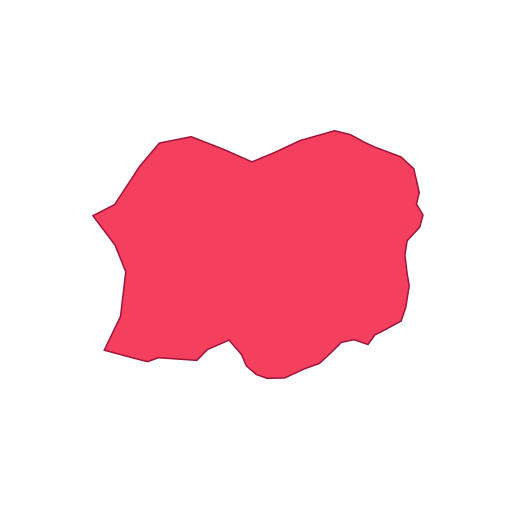 outline of Fota, Cyprus, rotated 126°
{"feature_id": "46923920B41218230383335", "entity_name": "Fota", "entity_type": "district", "adm_level": 2, "iso_a3": "CYP", "parent_name": "Cyprus", "parent_adm1": "", "projection": "natural_earth1", "projection_center": [33.224, 35.255], "detail": "fine", "context": "isolated", "style": "filled", "palette": "rose", "viewbox_px": 512, "rotation_deg": 126, "n_neighbors": 0, "source": "geoboundaries", "source_scale": "gbopen_adm2", "svg_char_len": 792}
<svg xmlns="http://www.w3.org/2000/svg" viewBox="0 0 512 512"><g transform="rotate(126 256 256)"><path d="M410.5,294.8L405.2,281.6L395.6,275.1L388.1,263.1L375.2,242.5L360.2,240.3L339.9,228.4L344.2,210.0L350.6,199.1L351.7,186.1L348.5,175.2L337.8,161.1L318.5,150.3L305.7,141.6L300.3,140.5L289.6,138.4L283.2,137.3L275.7,136.2L266.1,127.5L261.8,113.4L250.0,113.4L239.3,108.0L223.3,100.4L209.4,104.7L190.1,114.5L181.6,123.2L167.6,136.2L154.8,142.7L136.6,140.5L124.8,144.9L119.5,156.8L108.8,161.1L92.7,179.6L90.6,196.9L98.1,224.1L100.2,234.9L102.4,251.2L108.5,266.1L136.7,288.2L160.6,301.4L182.3,314.6L188.9,345.5L197.6,378.6L221.5,400.6L251.9,402.8L297.5,400.6L319.3,411.6L330.1,376.3L345.3,352.1L384.5,330.1L421.4,323.4L410.5,294.8Z" fill="#f43f5e" stroke="#9f1239" stroke-width="1.5"/></g></svg>